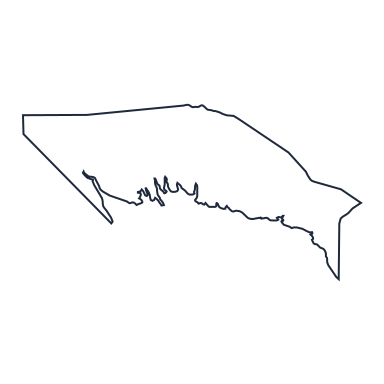 SVG path tracing the border of Gulf
{"feature_id": "PNG-1244", "entity_name": "Gulf", "entity_type": "Province", "adm_level": 1, "iso_a3": "PNG", "parent_name": "Papua New Guinea", "parent_adm1": "", "projection": "albers", "projection_center": [144.902, -7.657], "detail": "fine", "context": "isolated", "style": "outline", "palette": "slate", "viewbox_px": 384, "rotation_deg": 0, "n_neighbors": 0, "source": "natural_earth", "source_scale": "10m", "svg_char_len": 3927}
<svg xmlns="http://www.w3.org/2000/svg" viewBox="0 0 384 384"><path d="M338.7,279.2L336.3,277.0L328.3,265.2L327.2,262.3L327.1,258.5L326.9,257.8L326.1,256.7L325.9,256.3L325.9,253.4L325.4,251.8L324.5,250.1L323.3,248.8L320.2,247.6L317.5,244.9L316.7,244.3L314.5,244.0L313.5,243.1L311.9,239.8L313.1,238.8L312.9,237.2L311.8,235.7L310.6,234.6L311.6,234.2L312.2,233.7L312.4,233.0L312.0,232.1L310.0,232.5L307.3,231.4L302.4,228.8L297.0,227.5L294.0,227.4L291.6,228.1L289.8,226.8L283.9,224.8L282.6,223.3L282.4,223.0L282.0,222.6L281.6,222.1L281.4,221.4L281.6,221.1L282.9,220.9L283.3,220.4L283.2,219.9L282.7,219.5L282.2,219.2L282.0,218.8L282.2,218.1L283.3,215.9L282.7,215.9L281.5,217.4L280.2,217.3L278.6,217.0L276.9,217.8L278.2,219.7L276.6,220.5L270.9,220.4L269.7,220.0L268.0,218.4L266.7,217.8L265.3,217.9L263.9,218.3L262.5,218.4L261.0,217.8L261.0,218.4L259.3,217.8L253.0,219.0L250.8,218.9L249.1,218.5L247.6,217.7L242.2,212.5L239.6,211.2L236.1,210.7L235.3,210.9L234.3,211.2L233.4,211.5L232.3,211.4L231.5,210.9L229.5,209.1L228.8,208.0L227.5,207.1L226.8,205.9L225.9,206.8L225.2,208.2L225.3,208.7L223.6,208.9L221.2,208.2L219.2,207.0L218.3,205.2L218.0,204.2L217.3,203.3L216.6,203.1L216.3,203.9L216.3,205.9L216.0,206.4L215.1,206.9L209.3,206.9L208.3,206.2L205.5,203.0L204.3,204.6L203.3,204.4L202.2,203.5L200.7,203.0L200.1,203.1L199.0,203.6L198.5,203.6L198.3,203.4L197.8,202.5L197.5,202.3L196.8,202.0L195.8,201.4L195.1,200.6L195.0,200.1L196.5,198.2L197.2,196.5L197.3,187.3L197.0,185.2L195.9,183.7L195.2,185.5L194.8,190.0L194.0,192.0L194.5,193.5L193.4,194.3L191.5,194.6L189.9,194.6L188.4,194.1L187.1,193.0L185.1,190.6L181.7,188.1L180.8,186.0L179.8,184.9L177.4,182.9L176.9,184.7L177.2,186.4L177.8,188.1L178.1,189.7L177.2,191.1L175.2,191.8L172.8,191.9L171.0,191.4L170.2,190.5L169.1,188.9L168.3,187.2L167.9,185.9L167.9,184.8L167.8,184.0L167.5,183.3L166.9,182.6L166.5,181.8L166.8,179.5L166.6,178.5L165.2,176.8L164.7,177.9L164.7,184.6L164.0,187.6L164.0,188.8L164.5,189.6L166.6,191.4L166.2,192.3L165.3,193.0L164.4,193.3L164.0,193.0L163.5,191.8L161.1,189.8L160.2,188.8L160.0,188.1L159.6,186.5L159.6,185.9L159.3,185.4L158.7,185.0L158.1,184.7L157.7,184.3L156.9,182.7L155.8,179.7L155.1,178.5L154.5,178.5L154.9,180.1L155.1,183.7L155.5,185.1L156.7,187.7L157.0,189.1L157.2,192.2L157.7,194.6L158.2,195.6L159.1,196.7L159.9,198.0L160.2,199.4L161.3,200.5L163.1,202.9L163.9,205.1L161.5,205.5L161.3,205.0L159.4,202.5L159.0,202.0L158.5,201.0L157.4,199.7L156.1,198.5L155.1,197.8L154.1,200.0L152.4,200.8L150.8,200.0L150.1,197.5L149.7,194.7L148.6,192.1L145.5,187.5L146.0,190.0L147.0,192.7L147.7,194.9L146.8,196.0L145.2,195.3L143.1,191.0L141.7,189.5L141.1,190.6L140.2,191.3L139.1,191.8L137.9,192.0L137.9,192.7L140.3,192.9L140.9,194.4L140.3,196.5L139.1,198.4L140.1,198.9L141.3,199.9L142.2,201.2L142.3,202.4L141.4,203.1L137.9,204.3L136.6,205.0L134.9,203.3L134.0,202.7L132.8,202.4L131.8,202.5L130.7,203.0L129.6,203.2L128.6,202.7L127.0,201.5L109.6,195.5L102.8,191.5L100.6,189.7L99.6,188.0L99.1,186.1L95.8,179.9L95.1,178.2L94.7,177.8L93.8,177.3L92.9,177.0L90.7,176.7L89.7,176.7L88.2,176.2L85.1,173.7L84.2,172.8L84.0,172.5L83.6,171.5L82.9,172.8L83.9,174.3L86.9,177.4L87.8,178.0L88.7,178.2L90.7,179.1L92.9,179.5L93.0,180.0L92.7,180.6L92.6,181.2L94.2,185.1L101.8,197.9L102.4,199.8L102.7,201.8L102.8,204.0L103.2,206.2L104.3,207.9L106.6,210.8L111.1,217.7L112.6,221.6L111.3,223.4L23.5,134.1L23.0,115.2L87.0,114.9L183.1,105.6L183.3,105.6L186.0,105.0L187.3,104.8L188.4,104.9L189.6,105.4L191.2,106.5L192.3,107.1L193.5,107.1L195.8,106.8L197.4,107.1L199.2,106.6L200.3,105.8L201.6,105.3L202.9,105.5L204.9,107.2L206.3,108.6L207.5,109.6L208.9,109.9L211.4,110.2L213.3,110.9L215.6,111.1L219.7,112.4L222.6,113.9L226.7,115.3L233.6,115.9L237.9,118.5L288.5,152.5L305.9,171.7L307.8,175.6L310.3,179.4L311.7,180.7L314.1,181.7L341.0,189.3L361.0,202.9L352.6,208.4L348.5,212.9L346.8,214.2L342.9,216.6L340.7,218.5L339.3,223.5L338.7,279.2L338.7,279.2Z" fill="none" stroke="#1e293b" stroke-width="2"/></svg>